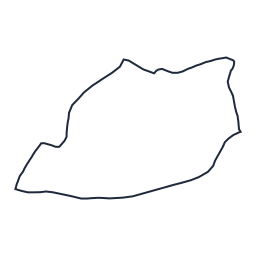 the district of Akoko North West, Ondo, Nigeria
{"feature_id": "59680162B56866992006033", "entity_name": "Akoko North West", "entity_type": "district", "adm_level": 2, "iso_a3": "NGA", "parent_name": "Nigeria", "parent_adm1": "Ondo", "projection": "mercator", "projection_center": [5.79, 7.65], "detail": "fine", "context": "isolated", "style": "outline", "palette": "slate", "viewbox_px": 256, "rotation_deg": 0, "n_neighbors": 0, "source": "geoboundaries", "source_scale": "gbopen_adm2", "svg_char_len": 1436}
<svg xmlns="http://www.w3.org/2000/svg" viewBox="0 0 256 256"><path d="M123.7,59.5L119.9,66.7L116.7,69.2L111.9,72.9L104.7,77.5L102.4,79.0L92.4,85.6L84.1,92.3L78.5,98.6L76.9,100.2L74.8,102.4L72.2,105.1L69.0,112.9L68.6,118.0L67.8,122.0L67.1,127.2L66.6,133.3L66.6,136.8L64.6,140.7L59.3,146.8L55.6,146.8L51.7,145.3L44.2,143.2L41.2,143.3L39.8,145.3L35.3,151.2L32.7,155.1L32.1,156.4L29.6,160.1L29.5,160.3L26.9,164.3L24.3,168.8L23.1,171.5L19.8,176.0L18.2,180.4L17.9,181.3L17.6,182.0L16.6,184.5L15.4,189.1L21.9,191.0L27.7,192.3L34.9,192.3L40.0,192.2L45.9,191.5L52.4,192.2L61.5,194.1L63.0,194.4L70.6,196.0L81.0,198.5L87.5,198.5L91.1,198.2L97.8,197.8L98.5,197.8L103.1,198.0L109.5,198.4L120.2,197.8L123.2,197.6L132.2,196.4L132.9,196.3L173.1,185.0L180.9,183.0L190.6,180.3L193.2,179.3L199.0,177.0L208.1,171.7L213.2,165.8L215.1,160.6L222.8,146.9L224.8,142.3L228.0,139.0L233.2,135.1L239.0,132.4L240.6,131.8L239.0,129.2L238.3,121.3L237.6,116.1L236.3,112.2L235.0,107.0L233.6,99.2L233.0,95.9L231.6,92.7L229.0,87.5L228.3,84.2L227.7,81.6L228.3,79.6L229.0,77.0L230.2,73.1L230.9,70.5L232.2,69.2L233.4,66.6L234.1,64.0L234.1,61.3L232.8,60.1L227.6,58.1L226.3,57.5L223.0,58.1L218.5,58.8L215.2,59.5L211.3,60.8L205.5,62.2L203.1,63.2L201.0,64.1L196.4,65.5L191.9,67.5L188.0,68.8L182.8,71.4L177.7,72.8L172.5,72.8L168.6,71.5L165.3,70.2L162.1,68.9L158.2,69.6L156.2,70.9L154.1,73.3L143.3,69.4L128.8,60.6L123.7,59.5Z" fill="none" stroke="#1e293b" stroke-width="2"/></svg>